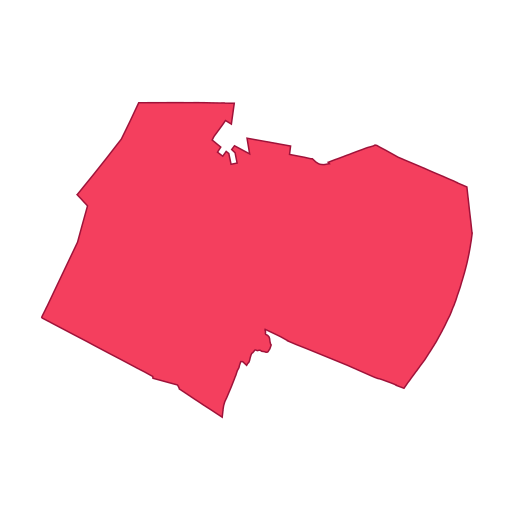 the district of Dragomiresti-Vale, Ilfov, Romania, rotated 267°
{"feature_id": "2599482B19905824077323", "entity_name": "Dragomiresti-Vale", "entity_type": "district", "adm_level": 2, "iso_a3": "ROU", "parent_name": "Romania", "parent_adm1": "Ilfov", "projection": "equal_earth", "projection_center": [25.925, 44.478], "detail": "fine", "context": "isolated", "style": "filled", "palette": "rose", "viewbox_px": 512, "rotation_deg": 267, "n_neighbors": 0, "source": "geoboundaries", "source_scale": "gbopen_adm2", "svg_char_len": 4529}
<svg xmlns="http://www.w3.org/2000/svg" viewBox="0 0 512 512"><g transform="rotate(267 256 256)"><path d="M116.2,396.8L116.3,396.9L116.3,397.0L116.6,397.2L117.0,397.5L117.4,397.8L119.3,399.3L120.9,400.5L121.7,401.1L122.8,402.1L123.8,402.9L124.0,403.1L124.9,403.8L126.1,404.7L126.3,404.9L126.4,405.0L127.7,406.0L127.9,406.2L128.3,406.6L128.6,406.7L128.8,407.0L129.0,407.1L129.2,407.3L130.2,408.1L131.4,409.1L131.6,409.2L132.9,410.4L135.4,412.4L135.6,412.6L136.1,413.0L136.8,413.5L138.3,414.7L139.3,415.6L140.2,416.3L141.7,417.6L142.0,417.8L142.3,418.1L143.2,418.8L143.3,418.9L143.5,419.1L143.8,419.3L144.1,419.5L144.4,419.7L145.6,420.6L146.2,421.0L146.8,421.4L147.4,421.9L148.6,422.7L149.7,423.5L150.1,423.8L150.6,424.1L151.0,424.5L151.5,424.8L152.1,425.3L152.7,425.7L152.9,425.8L153.7,426.4L154.7,427.1L155.4,427.5L155.6,427.7L156.1,428.1L157.1,428.8L158.1,429.5L158.5,429.7L159.4,430.4L160.4,431.1L160.9,431.4L161.3,431.7L162.5,432.4L163.3,432.9L164.2,433.5L164.8,433.8L165.9,434.5L166.2,434.7L167.5,435.5L168.4,436.1L169.3,436.6L170.4,437.3L171.7,438.1L172.7,438.6L174.3,439.6L174.8,439.9L176.4,440.8L177.4,441.4L178.4,441.9L182.8,444.3L184.5,445.3L186.8,446.6L190.8,448.5L191.9,448.9L192.9,449.4L194.1,449.9L195.2,450.5L197.2,451.5L197.5,451.6L197.8,451.7L199.0,452.2L199.4,452.4L199.9,452.6L200.7,453.0L201.2,453.2L201.6,453.3L202.2,453.6L202.9,453.8L203.8,454.2L204.7,454.5L206.1,455.0L208.2,455.9L213.7,458.1L214.8,458.5L218.0,459.6L218.9,459.9L221.3,460.8L226.7,462.7L228.1,463.2L231.8,464.4L236.6,465.9L238.6,466.5L239.7,466.8L241.9,467.4L246.8,468.7L251.4,469.8L254.9,470.6L256.5,470.9L260.5,471.8L268.2,473.2L267.8,472.9L268.1,472.9L279.0,472.3L291.4,471.5L300.4,471.0L302.5,470.9L303.3,470.8L313.9,470.2L318.6,460.7L318.8,460.7L319.3,459.6L320.5,457.5L322.5,453.3L323.3,451.7L325.2,448.0L330.3,437.5L332.9,432.3L333.8,430.6L337.1,423.9L341.6,414.6L344.4,408.8L345.1,407.5L347.2,403.1L349.5,399.5L351.7,396.0L354.8,391.1L358.3,385.2L359.8,382.9L360.2,382.3L360.3,381.3L360.6,380.7L359.8,379.1L359.0,375.7L358.6,373.6L358.0,371.4L356.8,367.8L355.8,364.5L355.2,362.5L354.3,359.7L353.5,357.2L352.6,354.6L351.8,351.8L351.6,351.3L351.4,350.6L351.1,349.6L350.7,348.6L350.0,346.2L349.9,346.0L348.5,341.5L348.5,341.3L346.8,336.0L345.9,333.4L345.8,333.0L345.1,333.5L344.3,334.1L344.1,331.9L343.8,329.9L343.7,328.4L343.9,326.6L344.3,324.5L345.0,323.1L345.7,322.1L346.2,321.4L346.7,320.7L349.1,318.4L350.2,317.3L350.2,316.1L350.7,314.2L352.0,309.7L354.8,298.3L355.7,294.8L364.0,296.3L374.1,253.2L358.3,255.0L367.2,240.3L363.6,237.3L360.2,240.5L349.8,242.0L348.9,235.9L359.8,234.2L362.0,231.7L357.4,228.0L361.7,223.0L366.6,226.5L374.1,218.3L377.6,220.3L386.0,227.2L389.6,230.1L392.9,232.6L389.0,238.3L409.7,242.3L410.2,233.1L410.5,232.5L410.7,227.5L411.4,217.5L411.7,213.8L412.2,206.0L412.5,199.8L412.8,193.7L412.9,192.2L413.2,187.1L413.5,181.1L413.8,175.1L414.5,160.6L415.2,146.9L397.2,137.3L379.7,127.6L374.8,123.3L361.8,112.1L346.3,98.4L338.0,90.9L333.9,87.2L331.0,84.6L328.1,82.0L327.7,81.6L327.0,81.0L326.7,80.8L326.6,80.6L325.4,81.6L322.0,84.5L318.9,87.0L314.9,90.4L296.7,84.3L294.0,83.4L279.1,78.5L245.5,60.3L245.3,60.2L231.1,52.5L224.4,48.9L216.8,44.8L215.5,44.0L212.9,42.6L208.7,40.2L206.9,39.2L206.0,38.8L205.6,39.0L205.2,39.3L187.3,69.4L179.5,82.6L175.0,90.0L166.8,103.7L159.6,115.9L151.8,128.9L150.2,131.5L146.2,138.4L141.1,146.6L139.3,146.7L131.3,170.9L128.0,172.4L127.3,172.4L115.6,188.1L114.4,189.8L109.9,195.8L105.9,201.4L104.1,203.9L100.9,208.2L98.8,211.1L97.1,213.4L96.8,213.8L102.1,214.7L102.3,214.7L103.7,215.0L104.9,215.1L105.6,215.3L106.6,215.5L108.4,215.9L112.1,217.2L114.2,218.3L115.8,219.2L126.5,224.4L134.2,227.9L136.3,228.8L137.9,229.6L139.8,230.3L142.6,231.4L145.3,233.1L148.0,233.9L150.0,234.7L151.4,235.3L151.2,237.2L147.3,240.9L148.2,241.5L148.9,241.9L150.2,243.3L150.8,243.6L152.3,244.2L154.8,244.9L157.5,245.9L158.9,246.6L159.7,247.8L161.0,249.0L162.1,249.9L162.2,250.6L161.4,252.4L161.7,253.9L161.7,255.1L161.1,256.0L160.5,256.8L160.0,259.5L159.5,260.5L159.3,261.9L159.7,262.9L161.5,264.2L162.6,265.0L166.4,266.5L167.3,265.9L168.3,265.8L168.9,265.6L170.5,265.4L172.6,265.3L174.5,264.8L176.2,263.4L177.2,261.6L178.4,261.3L179.5,261.6L180.8,261.4L181.6,261.1L182.3,261.3L175.7,273.5L173.9,276.7L169.8,283.2L169.6,283.1L165.5,291.5L160.9,301.6L154.5,315.2L142.0,341.7L130.9,363.6L128.7,368.0L127.2,371.5L126.9,373.0L125.6,376.3L124.2,379.5L122.6,383.3L121.1,386.6L120.0,388.8L119.8,389.3L119.5,389.2L117.8,393.1L117.3,394.3L116.2,396.8Z" fill="#f43f5e" stroke="#9f1239" stroke-width="1.5"/></g></svg>